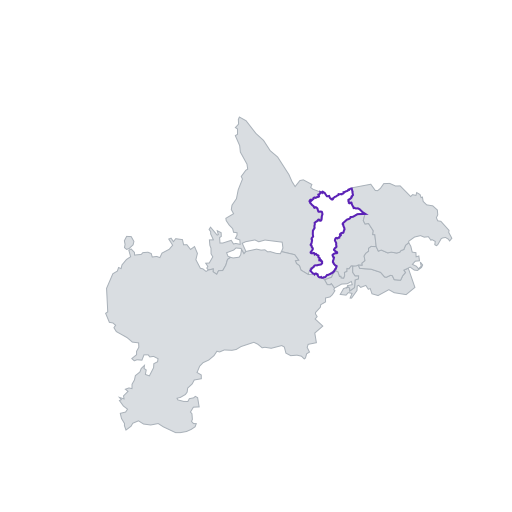 map of Pakistan with Uzbekistan, India, Afghanistan and 4 others greyed out, rotated 157°
{"feature_id": "PAK", "entity_name": "Pakistan", "entity_type": "country or territory", "adm_level": 0, "iso_a3": "PAK", "parent_name": "Asia", "parent_adm1": "", "projection": "equal_earth", "projection_center": [69.806, 30.395], "detail": "fine", "context": "with_neighbors", "style": "outline", "palette": "violet", "viewbox_px": 512, "rotation_deg": 157, "n_neighbors": 7, "source": "natural_earth", "source_scale": "50m", "svg_char_len": 13407}
<svg xmlns="http://www.w3.org/2000/svg" viewBox="0 0 512 512"><g transform="rotate(157 256 256)"><path d="M120.6,185.2L122.0,165.0L132.9,161.8L143.1,168.2L146.9,173.1L159.1,171.9L164.0,175.9L163.6,181.4L165.6,181.5L166.4,186.0L171.9,186.2L173.0,188.9L174.6,188.8L176.5,184.8L184.5,179.9L185.8,180.5L182.2,184.1L185.4,186.2L188.4,184.8L193.5,187.7L188.1,191.8L183.0,191.4L182.4,189.8L183.3,187.2L177.6,188.5L174.2,195.2L170.6,195.0L169.4,197.5L172.6,198.8L173.5,203.1L171.0,208.9L165.3,207.6L165.4,204.1L155.2,198.9L147.7,192.3L145.8,186.5L144.4,185.5L139.8,185.7L138.2,184.6L138.0,180.2L132.4,177.2L128.7,180.5L124.9,182.4L125.5,185.2L120.6,185.2Z" fill="#d9dde1" stroke="#a8b0b8" stroke-width="1"/><path d="M305.4,261.7L306.0,264.1L304.4,265.2L305.1,269.0L301.8,267.8L296.1,272.1L296.5,275.6L294.4,280.8L294.3,283.8L292.6,289.0L288.9,287.5L289.1,294.0L288.2,296.1L288.8,298.8L286.6,300.3L283.6,290.4L282.3,290.4L281.8,294.4L279.0,291.1L280.3,287.6L282.3,287.2L284.1,282.0L281.4,280.9L272.7,280.1L272.0,275.8L269.8,275.5L266.0,272.9L264.6,277.1L268.1,280.3L265.3,282.6L264.4,284.9L267.4,286.6L266.8,290.3L268.6,295.0L269.6,300.2L269.0,302.5L260.1,303.7L260.6,308.4L258.2,312.2L251.6,316.4L246.5,323.9L238.4,332.1L238.5,335.0L231.9,338.9L229.7,339.2L228.4,344.1L229.8,357.8L227.9,363.9L228.0,374.9L225.5,375.2L223.4,380.2L224.8,382.3L220.5,384.2L218.9,388.6L217.0,390.4L212.3,384.4L208.2,368.8L203.9,359.5L201.8,347.4L197.4,338.6L193.9,318.1L193.8,310.5L192.9,304.6L186.1,308.3L182.7,307.6L176.6,300.0L178.9,297.7L177.5,295.2L172.0,289.9L175.2,285.8L185.4,285.8L184.4,280.5L181.8,277.3L181.3,272.6L178.3,269.8L183.3,263.4L188.6,263.9L193.4,257.5L196.2,251.3L200.5,245.3L200.3,241.0L204.1,237.5L200.4,234.6L197.1,225.4L199.3,222.9L206.0,224.3L210.9,223.4L215.1,218.5L220.1,225.4L219.8,230.2L221.7,233.2L221.6,236.3L218.4,235.5L219.9,242.1L230.9,250.1L228.1,252.8L226.5,258.5L241.5,267.2L247.9,268.0L250.7,271.2L259.9,273.2L263.7,273.1L263.5,264.1L266.2,262.8L267.0,268.9L271.3,271.2L274.2,270.2L281.8,270.5L281.9,266.7L279.9,264.7L283.5,264.0L287.3,259.4L292.3,255.6L296.2,257.1L299.3,254.5L301.7,258.3L300.4,260.8L305.4,261.7Z" fill="#d9dde1" stroke="#a8b0b8" stroke-width="1"/><path d="M165.3,207.6L167.7,207.7L172.3,209.6L175.5,207.8L177.0,208.9L178.4,206.2L181.0,206.3L182.1,203.2L184.0,201.2L186.3,202.5L185.9,204.2L187.2,204.5L186.8,209.4L188.6,211.3L192.0,209.5L194.7,206.9L202.2,207.3L203.0,209.0L188.6,212.6L186.0,215.1L187.6,220.5L185.4,223.0L185.6,225.2L184.4,227.3L180.2,227.2L181.9,231.1L179.1,232.6L177.2,236.2L177.4,239.7L175.7,241.4L174.0,240.9L170.6,241.7L170.1,243.3L166.7,243.3L164.1,246.7L163.9,251.9L158.0,254.4L154.8,253.8L153.9,255.2L151.2,254.4L146.6,255.3L139.1,252.2L143.4,246.7L143.1,242.9L139.7,241.9L138.2,233.3L140.2,230.1L138.3,229.2L141.7,217.6L146.2,219.8L149.5,219.0L150.5,216.4L154.0,215.5L156.5,213.7L157.5,209.1L161.2,208.0L161.9,205.9L165.3,207.6Z" fill="#d9dde1" stroke="#a8b0b8" stroke-width="1"/><path d="M171.0,208.9L173.5,203.1L172.6,198.8L169.4,197.5L170.6,195.0L174.2,195.2L177.6,188.5L183.3,187.2L182.4,189.8L183.0,191.4L184.8,191.2L183.2,193.0L178.6,192.0L178.2,195.3L182.8,194.8L188.2,196.7L196.3,195.8L197.5,201.1L198.9,200.5L201.6,201.8L202.2,207.3L194.7,206.9L192.0,209.5L188.6,211.3L186.8,209.4L187.2,204.5L185.9,204.2L186.3,202.5L184.0,201.2L182.1,203.2L181.0,206.3L178.4,206.2L177.0,208.9L175.5,207.8L172.3,209.6L171.0,208.9Z" fill="#d9dde1" stroke="#a8b0b8" stroke-width="1"/><path d="M106.1,182.6L108.1,180.8L113.0,179.6L115.8,181.2L118.4,185.5L125.5,185.2L124.9,182.4L128.7,180.5L132.4,177.2L138.0,180.2L138.2,184.6L139.8,185.7L144.4,185.5L145.8,186.5L147.7,192.3L155.2,198.9L165.4,204.1L165.3,207.6L161.9,205.9L161.2,208.0L157.5,209.1L156.5,213.7L154.0,215.5L150.5,216.4L149.5,219.0L146.2,219.8L141.7,217.6L141.5,212.7L138.3,212.5L133.5,207.4L130.0,206.7L125.4,203.8L122.3,203.3L120.3,204.4L117.4,204.2L114.1,207.5L110.2,208.6L109.7,204.5L110.7,198.5L107.5,196.6L108.9,192.7L106.1,192.4L107.4,187.7L111.4,189.0L115.3,187.2L112.4,183.9L111.4,180.7L107.9,182.1L107.1,186.2L106.1,182.6Z" fill="#d9dde1" stroke="#a8b0b8" stroke-width="1"/><path d="M83.3,251.6L81.0,248.5L81.2,245.2L79.8,245.2L80.8,240.9L78.9,236.4L73.7,233.1L71.1,227.5L72.6,222.9L75.0,220.8L75.0,217.4L72.3,215.7L68.3,204.1L69.4,202.4L68.8,195.8L71.9,194.2L72.4,196.4L74.3,199.0L77.1,199.7L78.7,199.6L84.3,195.4L85.9,195.0L87.0,196.6L85.3,199.4L87.7,202.4L88.8,202.1L89.8,206.4L93.8,207.6L96.6,210.5L102.7,211.5L109.7,209.9L110.2,208.6L114.1,207.5L117.4,204.2L120.3,204.4L122.3,203.3L125.4,203.8L130.0,206.7L133.5,207.4L138.3,212.5L141.5,212.7L141.7,217.6L138.3,229.2L140.2,230.1L138.2,233.3L139.7,241.9L143.1,242.9L143.4,246.7L139.1,252.2L143.0,259.1L147.3,261.8L147.3,267.1L149.5,268.1L149.8,271.0L143.1,274.2L141.2,281.3L122.3,277.2L120.6,269.7L118.5,268.6L114.9,269.7L110.1,272.7L104.6,270.6L100.2,265.9L95.9,264.2L90.4,250.3L87.9,251.3L85.1,249.3L83.3,251.6Z" fill="#d9dde1" stroke="#a8b0b8" stroke-width="1"/><path d="M367.4,324.6L363.3,322.6L362.7,317.1L364.8,314.3L369.8,312.5L372.5,312.6L373.8,315.1L372.0,317.8L371.2,321.5L367.4,324.6ZM223.9,179.5L223.4,176.3L226.2,174.9L221.9,165.4L232.0,162.1L234.3,152.6L242.5,154.3L244.6,151.9L244.3,146.7L247.6,146.2L250.3,142.8L251.8,142.4L253.3,146.0L257.0,148.7L263.0,150.7L266.4,154.9L265.5,161.1L267.3,163.5L278.0,165.1L283.5,168.5L286.2,169.1L288.8,174.1L291.7,177.4L305.2,178.5L310.7,177.7L315.0,178.6L321.9,181.9L327.0,181.9L329.2,183.6L333.6,180.7L340.1,178.7L346.4,178.5L350.9,176.6L355.8,171.8L352.9,167.9L354.3,164.4L361.3,166.0L364.7,163.2L370.5,161.1L372.6,157.6L375.1,156.1L380.8,155.4L384.3,155.9L384.2,154.1L379.4,150.4L375.6,148.7L373.1,150.7L368.8,149.8L366.7,150.5L365.1,148.4L367.3,139.3L372.7,141.3L377.3,138.0L376.6,135.8L378.4,130.5L380.0,128.9L379.0,126.2L376.5,125.0L378.8,122.6L383.4,121.7L388.5,121.6L394.8,123.0L399.0,124.8L408.1,135.0L411.5,140.0L419.0,141.6L425.2,145.3L428.6,150.2L434.8,150.2L437.6,148.1L443.7,146.6L443.4,151.3L442.5,153.2L443.3,159.0L442.4,164.2L437.0,163.3L434.1,165.2L436.7,169.8L438.2,176.3L436.1,176.4L437.0,179.2L433.3,176.0L432.6,179.0L426.7,181.4L428.3,184.4L424.5,184.2L422.0,182.4L420.2,186.4L416.3,189.4L413.8,193.0L408.2,194.6L405.6,197.3L401.4,198.9L403.0,196.2L401.6,194.0L404.1,190.2L401.0,187.3L393.9,193.2L392.1,196.8L387.9,197.1L386.3,199.8L389.5,203.6L393.2,204.6L393.9,207.2L397.7,208.8L401.7,204.7L406.1,207.0L409.0,207.1L410.4,210.1L404.5,211.8L403.2,214.9L399.5,217.8L398.0,221.9L403.5,225.1L406.4,231.0L414.1,241.0L414.8,245.5L412.3,247.1L413.9,250.3L416.9,252.2L416.8,262.0L414.3,262.5L406.2,284.6L394.7,295.6L389.5,296.3L387.0,299.1L385.1,297.1L382.8,300.2L376.6,303.4L371.7,304.3L370.8,311.0L368.2,311.3L366.5,306.8L367.4,304.3L361.0,302.3L358.8,303.3L354.0,301.7L351.5,299.2L351.9,295.6L347.6,294.4L345.1,292.1L341.4,295.4L333.2,296.1L328.5,298.5L329.7,305.7L327.2,305.6L326.4,301.5L323.1,303.3L317.3,299.8L318.3,294.6L315.2,293.4L313.7,287.6L308.9,288.7L308.9,281.3L312.8,276.1L312.0,266.4L309.9,264.9L308.0,261.3L305.4,261.7L300.4,260.8L301.7,258.3L299.3,254.5L296.2,257.1L292.3,255.6L287.3,259.4L283.5,264.0L279.9,264.7L277.8,263.1L272.0,261.5L269.6,263.1L266.8,267.6L266.2,262.8L263.5,264.1L252.8,262.1L249.0,259.4L245.4,258.2L243.7,255.3L241.1,254.4L236.4,250.5L232.7,248.6L230.9,250.1L219.9,242.1L218.4,235.5L221.6,236.3L221.7,233.2L219.8,230.2L220.1,225.4L215.1,218.5L207.7,216.1L206.3,211.7L203.0,209.0L202.2,207.3L201.6,201.8L198.9,200.5L197.5,201.1L196.3,195.8L197.5,194.5L196.9,193.2L200.9,190.5L203.9,189.4L208.4,190.2L209.9,186.6L215.4,185.9L216.8,183.7L223.3,180.7L223.9,179.5Z" fill="#d9dde1" stroke="#a8b0b8" stroke-width="1"/><path d="M210.3,217.5L211.6,220.7L211.5,221.4L211.0,221.7L210.5,222.0L210.4,222.1L210.4,222.3L210.1,222.6L209.7,222.9L209.3,222.9L209.1,222.8L207.8,223.3L207.3,223.3L206.8,223.7L206.5,224.0L205.8,224.3L205.4,224.3L204.7,224.1L203.8,223.7L203.5,223.5L203.2,223.5L202.4,223.5L200.8,223.1L199.5,222.8L198.0,223.4L197.6,224.4L197.4,224.8L197.3,225.0L197.4,225.4L197.9,225.6L198.1,225.9L198.2,226.1L197.8,226.6L197.8,226.8L197.9,227.0L198.1,227.2L198.8,227.3L199.2,227.3L199.4,227.3L199.4,227.6L199.2,227.9L198.6,228.2L198.3,228.5L198.2,228.9L198.2,229.2L198.3,229.4L198.9,230.0L199.0,230.2L199.0,230.5L198.9,230.9L198.3,231.8L198.4,232.1L198.9,232.7L199.4,233.1L199.6,233.2L199.8,233.6L199.9,234.0L199.8,234.3L200.0,234.6L200.6,234.6L201.0,234.7L201.4,234.6L201.3,235.5L201.4,236.1L201.5,236.2L202.0,236.4L202.9,236.4L204.0,236.9L204.3,237.3L204.4,237.5L204.4,237.9L204.1,238.3L203.3,238.6L201.8,239.5L201.3,239.8L201.0,240.2L200.9,240.6L200.8,240.9L201.1,242.0L201.2,242.4L200.9,244.0L201.0,244.4L201.3,244.5L201.4,244.9L200.9,245.4L200.3,245.8L200.1,245.8L199.6,246.5L198.6,248.0L198.2,248.6L198.1,249.1L198.3,249.5L198.3,249.8L198.1,250.2L197.8,250.6L197.1,251.0L196.2,251.4L195.8,251.6L195.2,253.9L194.7,255.0L193.9,256.7L193.7,257.1L191.2,258.8L191.0,259.1L190.5,260.8L190.2,261.2L189.4,262.3L189.2,263.1L189.1,263.6L187.6,264.1L186.4,264.2L185.9,264.4L184.5,265.1L184.2,265.1L183.9,265.0L183.7,264.8L183.5,264.4L183.4,263.7L183.1,263.4L182.7,263.2L182.4,263.2L182.0,263.5L181.6,263.7L181.2,264.3L180.7,265.2L180.0,266.6L179.3,267.6L178.8,268.1L178.5,268.4L178.4,268.7L178.2,269.8L178.1,270.7L178.1,270.9L178.2,271.1L179.3,271.8L180.1,272.0L180.8,272.1L181.0,272.3L181.2,272.5L181.1,274.3L180.9,275.2L180.9,275.7L181.0,276.2L181.7,277.4L182.0,277.6L182.6,277.6L182.9,277.6L183.2,277.4L183.4,277.5L183.5,277.7L183.6,277.9L183.5,279.2L183.8,279.8L184.2,280.5L184.6,281.4L184.9,282.5L185.3,283.3L185.4,283.8L185.2,284.0L185.0,284.5L185.1,284.8L185.0,285.0L185.2,285.3L185.4,285.4L185.4,285.5L185.1,285.8L184.8,285.8L184.6,285.9L184.3,286.4L184.1,286.5L183.9,286.5L183.6,286.5L183.2,286.3L183.1,286.0L183.1,285.6L183.1,285.4L182.8,285.5L181.9,285.8L181.0,286.2L180.6,286.8L180.2,287.0L179.6,287.0L179.2,287.0L178.5,286.3L176.4,286.4L176.1,286.2L175.8,286.3L175.4,286.2L175.2,286.4L175.0,286.1L174.9,286.1L174.7,286.2L174.6,286.4L174.6,288.2L173.5,288.2L172.5,288.5L172.0,288.9L171.9,289.3L171.8,289.6L171.5,289.2L171.4,289.0L171.2,289.1L170.6,288.6L170.4,289.1L169.7,289.2L169.6,288.9L169.6,288.5L169.2,288.8L168.9,288.4L168.8,287.9L168.6,287.6L168.3,287.5L168.0,286.9L168.0,286.4L167.9,285.7L167.4,283.3L167.1,283.1L165.2,282.7L165.2,282.3L165.3,281.1L165.2,280.4L164.7,279.5L164.5,278.8L164.0,278.3L163.5,278.1L163.1,278.2L162.8,278.4L162.6,278.8L163.7,278.7L163.9,278.8L164.2,279.1L163.9,279.0L163.5,278.9L163.1,278.9L161.5,279.2L160.5,279.6L159.3,279.5L157.7,279.9L156.4,279.9L155.8,280.7L155.5,280.5L155.3,280.3L153.5,279.8L153.4,279.5L153.1,279.3L152.7,279.6L151.5,279.4L150.7,279.6L150.4,280.0L150.4,280.5L149.5,280.4L148.9,280.2L148.2,280.4L146.6,280.2L146.2,280.2L145.6,280.6L145.3,280.9L145.0,281.0L144.7,280.6L144.4,280.4L144.2,280.5L143.9,280.9L143.1,281.0L142.3,281.0L141.5,280.7L141.7,280.0L141.9,278.2L142.1,277.5L142.0,277.2L142.4,276.7L142.5,276.6L142.8,274.6L142.9,274.2L143.1,274.1L144.1,273.7L144.3,273.4L144.8,273.4L144.9,273.0L145.1,272.6L145.5,272.3L145.7,272.2L146.6,272.0L147.2,271.7L147.3,271.7L148.7,271.7L149.0,271.6L149.2,270.5L149.4,270.3L149.5,270.2L149.4,269.5L149.5,269.0L149.8,268.7L149.6,268.2L149.3,268.0L149.2,267.9L148.0,268.1L147.5,268.1L147.3,267.9L147.3,267.6L147.3,267.3L147.5,266.7L147.6,266.4L147.5,264.6L147.3,263.3L147.4,262.1L147.4,261.9L147.2,261.8L146.5,261.9L145.9,261.1L145.6,260.8L144.6,260.4L144.1,260.3L143.5,260.0L142.3,258.5L142.1,258.0L141.8,257.2L141.1,255.6L141.1,255.2L138.9,252.0L145.8,254.7L146.3,254.8L151.3,254.2L153.1,254.6L153.7,254.9L154.0,254.5L154.4,254.2L155.0,253.9L155.6,253.8L157.0,253.8L157.4,253.9L158.2,253.9L163.2,252.2L163.4,252.0L163.7,251.7L163.8,251.4L163.5,250.9L163.5,250.5L163.7,250.0L163.8,249.2L163.8,248.1L163.7,247.5L164.0,246.3L164.2,245.7L165.0,245.2L165.3,244.9L165.8,244.0L166.2,243.6L166.6,243.3L167.1,243.3L167.5,243.7L168.3,243.8L169.0,243.7L169.7,243.5L170.0,243.3L170.3,243.1L170.3,242.9L169.9,242.7L169.7,242.4L169.6,242.1L169.8,241.9L170.3,241.9L171.6,241.1L172.1,240.6L172.2,240.3L172.5,240.3L172.9,240.5L173.5,240.6L173.8,240.4L174.2,240.3L174.5,240.6L174.7,240.9L175.0,241.3L175.4,241.3L175.9,241.1L176.4,240.7L177.3,239.5L177.1,236.6L177.3,236.0L177.6,235.6L177.8,235.1L177.8,234.6L178.0,234.2L178.3,233.1L178.6,232.8L179.2,232.6L180.1,232.5L181.7,231.5L181.8,231.0L181.5,230.5L181.1,229.5L180.7,228.9L179.9,227.9L180.0,227.2L180.5,227.0L181.6,227.4L181.9,227.5L182.3,227.6L183.4,227.6L184.3,227.4L185.2,227.0L185.3,226.6L185.3,225.1L185.0,224.7L184.8,224.4L184.8,224.1L185.0,224.0L185.2,223.7L185.4,223.3L185.9,222.7L186.2,222.2L186.9,221.6L187.2,221.1L187.3,220.8L187.6,220.5L187.6,220.3L187.6,220.1L187.3,219.7L187.5,219.0L187.4,218.2L187.2,217.9L187.0,217.2L186.8,216.5L186.6,216.2L186.4,215.9L185.8,215.5L185.7,215.3L185.9,214.8L186.2,214.5L186.9,213.8L187.3,213.3L187.6,213.0L188.0,213.1L188.3,213.0L188.5,212.7L188.9,212.4L189.7,211.9L189.9,211.5L190.3,211.3L190.7,211.2L191.1,211.1L192.0,210.7L193.6,210.6L194.1,210.5L197.0,210.4L198.0,210.8L198.2,210.7L198.8,210.3L200.3,209.6L200.6,209.5L201.0,209.5L201.3,209.7L201.9,210.0L202.6,209.8L203.0,209.9L203.9,210.2L204.0,210.4L204.2,211.3L204.4,211.3L204.9,211.1L205.3,211.2L205.8,211.5L206.1,211.8L206.3,212.1L206.5,212.5L206.7,213.3L206.7,214.6L206.6,214.8L206.4,215.0L206.5,215.3L207.2,215.6L207.3,215.8L207.6,216.5L208.0,216.6L208.6,216.5L209.1,216.3L209.3,216.2L209.4,216.9L209.7,217.1L210.3,217.5Z" fill="none" stroke="#5b21b6" stroke-width="2"/></g></svg>